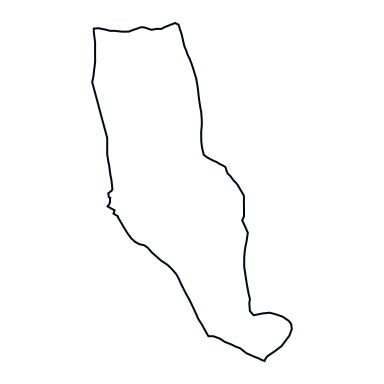 the district of Akure North, Ondo, Nigeria
{"feature_id": "59680162B82334724733824", "entity_name": "Akure North", "entity_type": "district", "adm_level": 2, "iso_a3": "NGA", "parent_name": "Nigeria", "parent_adm1": "Ondo", "projection": "equal_earth", "projection_center": [5.321, 7.254], "detail": "fine", "context": "isolated", "style": "outline", "palette": "ink", "viewbox_px": 384, "rotation_deg": 0, "n_neighbors": 0, "source": "geoboundaries", "source_scale": "gbopen_adm2", "svg_char_len": 2481}
<svg xmlns="http://www.w3.org/2000/svg" viewBox="0 0 384 384"><path d="M108.3,193.3L108.8,197.0L110.3,197.9L110.0,199.1L110.0,199.9L110.0,200.7L110.1,202.0L109.9,202.5L109.7,203.2L109.3,203.9L109.0,204.7L108.3,205.5L107.6,206.4L110.9,208.3L113.6,209.8L114.4,210.0L114.5,210.5L114.3,211.3L113.5,213.6L114.5,214.2L115.7,215.0L116.3,215.4L116.6,215.5L117.0,215.7L117.5,216.0L118.0,216.4L117.9,217.1L118.0,217.4L120.4,221.4L121.9,224.0L124.7,228.8L127.8,233.7L131.5,238.6L135.2,241.9L139.6,244.3L143.9,245.1L147.6,247.6L151.9,252.5L161.2,260.7L167.3,264.7L171.6,268.8L176.0,273.8L178.4,277.9L180.9,283.6L185.9,293.5L189.6,300.1L192.7,306.6L195.8,313.2L198.3,319.0L202.0,324.7L205.1,330.5L208.4,336.2L211.3,336.2L213.1,336.2L215.6,337.0L219.9,338.6L224.8,341.9L231.0,344.3L235.9,346.7L240.2,348.3L246.4,353.2L253.8,356.5L258.1,358.1L261.2,359.7L264.5,361.0L265.5,358.8L267.3,356.3L271.0,353.8L274.7,351.3L279.0,348.0L281.4,346.3L284.5,342.2L286.3,339.8L289.4,335.6L291.8,329.0L291.2,324.0L288.7,320.8L282.6,316.7L275.8,314.3L269.6,312.7L262.2,313.5L257.9,314.4L253.6,315.2L249.9,311.1L249.3,303.7L249.9,298.8L248.6,293.8L246.9,284.6L244.2,266.9L244.2,266.6L244.2,258.4L244.2,257.8L244.8,251.0L245.4,246.8L246.6,241.1L247.2,236.9L247.8,232.8L245.3,227.0L243.4,222.9L242.2,220.5L244.0,216.3L244.0,208.9L243.9,201.5L243.9,195.7L237.7,185.0L236.5,183.4L234.0,180.9L231.5,177.7L230.3,176.0L227.8,173.6L226.6,171.1L226.0,168.6L225.3,167.0L223.7,165.9L220.3,164.3L219.2,163.7L216.7,162.1L213.0,160.5L209.9,158.9L206.9,157.2L203.8,154.8L202.5,149.8L202.4,149.2L202.1,147.7L201.9,146.5L201.3,141.6L201.2,135.8L201.2,131.7L201.8,125.1L201.8,120.1L201.3,113.4L201.1,111.1L200.5,108.6L199.2,100.4L198.6,95.4L198.0,89.7L197.3,84.7L196.1,78.1L194.8,74.0L193.6,69.9L191.7,64.1L189.8,59.2L187.4,54.3L186.1,50.2L184.3,46.1L183.0,40.3L181.7,34.5L180.3,30.2L179.8,29.0L179.6,27.9L179.4,27.3L179.0,26.1L178.6,24.7L174.9,23.0L173.1,23.9L170.6,24.7L169.3,25.3L164.5,27.2L161.4,28.9L156.5,28.9L151.6,29.8L150.3,29.4L144.2,27.4L141.7,27.2L139.4,27.7L138.1,28.3L133.2,29.9L128.9,31.6L122.7,31.7L118.7,31.3L115.3,30.9L114.0,30.9L112.2,30.9L110.4,30.9L104.2,29.3L103.2,29.2L98.3,28.2L93.8,28.6L93.8,31.9L94.4,36.8L95.1,42.6L95.1,47.6L95.1,55.0L95.1,58.3L95.2,60.7L94.6,66.5L94.2,69.5L93.4,76.4L92.2,82.2L97.6,102.2L99.1,108.0L107.2,137.9L107.2,154.4L108.5,162.6L109.1,165.1L110.4,175.0L111.5,180.6L111.9,184.1L112.4,189.4L111.6,190.7L109.1,192.7L108.3,193.3Z" fill="none" stroke="#020617" stroke-width="2"/></svg>